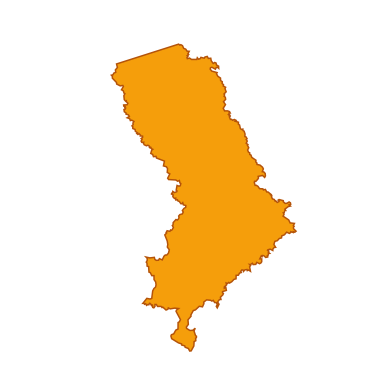 Altamira, Pará, Brazil (Mercator projection), rotated 158°
{"feature_id": "56859067B40794450496810", "entity_name": "Altamira", "entity_type": "district", "adm_level": 2, "iso_a3": "BRA", "parent_name": "Brazil", "parent_adm1": "Pará", "projection": "mercator", "projection_center": [-53.684, -6.317], "detail": "fine", "context": "isolated", "style": "filled", "palette": "amber", "viewbox_px": 384, "rotation_deg": 158, "n_neighbors": 0, "source": "geoboundaries", "source_scale": "gbopen_adm2", "svg_char_len": 6075}
<svg xmlns="http://www.w3.org/2000/svg" viewBox="0 0 384 384"><g transform="rotate(158 192 192)"><path d="M265.5,66.4L265.8,63.6L261.1,57.2L258.6,55.1L258.9,54.0L256.4,52.1L256.5,50.6L254.0,48.3L253.7,45.4L252.3,45.0L248.0,48.5L246.1,52.5L244.2,52.7L243.4,55.1L242.5,55.3L241.9,56.6L242.5,57.6L242.2,62.4L240.0,64.5L243.1,63.5L245.8,64.4L248.1,67.5L247.8,68.9L245.0,70.6L243.6,75.0L239.4,77.2L239.1,78.4L235.2,81.6L233.0,81.4L228.1,83.3L225.3,81.6L222.8,84.0L222.4,85.5L218.9,86.5L215.4,84.7L214.4,83.4L212.9,83.6L212.4,81.0L210.9,80.3L210.7,78.2L212.3,76.9L212.0,75.1L209.0,77.8L209.4,80.2L208.9,80.8L206.8,82.0L205.4,81.5L205.1,83.8L201.9,85.1L200.9,86.2L201.5,87.1L201.0,88.2L197.0,87.9L196.4,90.8L198.1,90.7L197.6,91.9L194.8,92.9L194.4,94.8L193.4,93.8L191.8,94.4L191.3,93.5L188.8,93.9L185.8,95.3L183.7,95.0L182.3,98.2L180.1,97.5L178.4,99.0L176.5,98.9L176.5,100.1L174.9,101.1L173.7,100.3L174.0,99.1L172.0,100.0L170.0,99.5L170.2,98.4L168.8,98.5L167.5,96.6L166.6,101.1L165.2,101.9L165.7,103.2L165.0,102.8L162.7,103.3L162.5,101.8L160.0,101.0L158.3,102.5L156.2,100.2L154.7,100.4L153.5,101.2L152.4,103.9L154.2,104.6L151.7,106.8L151.3,105.8L150.4,106.7L149.3,106.1L148.2,103.7L146.2,103.4L146.0,104.7L145.4,104.5L144.2,106.3L143.0,106.0L143.8,107.7L142.9,108.4L143.8,109.7L143.4,110.0L141.0,109.8L139.0,107.5L138.4,108.8L136.6,109.8L135.2,109.4L135.7,112.7L133.7,115.2L131.1,114.9L128.5,116.2L126.2,115.9L125.2,117.7L122.3,117.7L119.3,119.3L117.2,117.1L115.5,117.5L115.2,118.2L113.3,116.5L112.9,117.3L111.8,116.2L110.2,116.7L111.6,119.9L111.1,121.5L110.2,121.9L110.6,122.9L108.8,124.5L112.6,126.6L112.8,129.9L116.6,135.5L115.1,136.7L115.1,138.5L114.4,138.2L112.6,140.3L112.1,140.0L112.3,141.3L108.3,142.4L106.0,142.1L106.8,143.7L105.1,143.6L104.8,145.1L105.7,146.4L108.0,146.0L109.9,146.5L111.0,148.7L110.6,149.8L114.1,152.4L115.1,152.2L114.5,151.5L114.9,150.6L116.9,150.4L117.7,152.4L118.3,152.4L118.5,154.2L120.0,155.5L120.1,157.8L119.4,158.5L120.2,160.0L119.6,160.1L121.5,163.5L122.7,164.1L123.0,166.9L125.0,167.2L125.1,168.4L128.1,169.8L128.7,172.5L129.8,174.1L131.0,174.5L130.7,177.5L130.0,178.5L128.9,177.9L126.2,179.2L125.1,180.1L124.8,181.7L120.4,180.9L119.2,178.3L117.9,179.4L117.2,181.8L117.9,183.7L119.2,184.5L117.2,186.7L117.3,188.5L118.8,191.4L121.4,193.2L121.0,194.7L121.6,196.1L120.8,197.5L123.6,201.7L123.5,204.2L124.4,205.2L123.8,206.7L124.7,207.8L124.7,210.1L122.8,211.8L123.1,214.6L122.4,215.0L123.5,216.9L121.7,218.5L122.1,220.4L121.0,220.8L121.3,222.9L122.2,223.6L121.1,225.9L120.9,228.9L121.7,229.9L121.3,231.3L122.6,231.4L123.4,232.7L122.8,236.3L123.6,237.5L122.8,239.3L125.5,241.5L124.3,241.9L125.6,243.4L127.5,243.3L128.1,244.6L129.2,244.9L129.2,247.7L128.4,247.9L129.0,249.7L128.2,249.3L128.5,250.6L127.9,251.5L127.0,251.0L127.1,252.5L128.6,253.9L131.4,255.0L131.7,257.9L128.2,260.5L129.0,263.9L126.1,265.3L125.6,267.4L126.4,268.7L125.4,269.8L125.6,270.9L122.8,272.1L122.7,275.5L121.6,276.5L123.3,278.5L122.6,279.6L123.4,281.4L122.6,282.9L123.7,284.6L122.9,287.0L124.7,289.6L125.0,292.5L124.0,293.3L128.4,296.7L129.1,299.1L128.3,300.3L126.8,300.2L124.3,297.1L122.9,298.4L121.5,297.9L120.9,296.7L120.2,298.7L121.7,300.6L121.4,302.6L122.4,303.6L124.2,303.2L125.0,306.5L124.5,309.0L126.8,309.7L127.1,312.0L129.5,312.3L130.5,311.5L133.3,313.5L134.5,312.6L136.2,312.7L136.8,314.5L137.9,313.1L142.8,315.1L144.1,317.1L146.4,317.4L146.3,318.6L144.8,319.5L145.3,320.3L143.6,320.7L144.0,321.7L141.9,323.5L143.8,324.4L144.3,326.8L145.9,328.3L146.0,331.3L147.2,332.8L148.2,332.7L149.0,334.1L214.0,339.0L214.5,335.4L217.3,333.9L217.9,331.5L220.0,331.5L221.3,330.3L223.0,330.5L222.5,329.1L223.2,327.4L221.0,321.9L221.4,320.3L218.8,317.3L216.2,316.7L216.1,315.5L219.1,313.2L217.8,311.6L218.0,309.1L217.4,308.3L219.1,306.8L220.2,303.0L219.5,301.0L218.8,301.1L219.1,300.4L218.2,298.3L219.5,297.2L222.8,298.3L223.1,297.2L222.0,296.3L222.8,295.3L222.1,294.7L223.2,293.7L224.2,293.9L224.7,291.8L223.5,289.8L224.0,288.9L222.1,287.4L221.8,285.5L224.3,285.1L222.3,283.3L222.4,281.3L221.0,281.2L219.4,279.2L221.0,278.0L221.2,276.6L222.9,275.8L222.4,274.9L223.1,273.0L221.3,271.3L221.8,269.6L220.4,267.3L221.3,267.0L220.6,265.6L219.2,265.9L218.5,264.2L219.0,263.4L216.9,262.3L217.3,261.2L219.1,260.6L218.5,259.6L220.1,258.3L220.0,256.9L218.2,256.2L218.8,255.7L218.6,253.7L216.9,251.9L215.4,251.9L214.4,250.7L214.8,249.3L214.3,248.5L213.5,248.9L213.3,247.2L212.4,246.3L213.7,245.9L215.8,243.2L214.4,241.6L214.5,239.2L212.0,238.5L212.2,236.8L206.0,231.0L208.7,226.9L206.3,225.0L205.9,222.9L207.6,219.5L205.8,217.1L209.4,213.9L209.0,212.3L202.5,209.2L201.2,207.3L199.4,207.4L199.8,204.9L199.2,204.0L200.5,202.2L201.9,202.3L203.4,203.7L206.0,199.6L205.5,198.6L206.0,198.0L208.4,198.0L209.6,199.7L210.4,198.2L211.3,198.5L211.8,197.8L210.5,196.3L211.4,195.2L211.3,193.9L210.5,192.4L209.4,192.4L210.0,190.7L208.4,190.3L208.6,189.3L207.3,187.9L206.7,185.3L205.7,184.9L204.6,185.5L204.8,183.3L202.8,181.8L203.6,180.1L205.6,179.8L207.9,178.4L207.6,176.7L209.2,175.3L211.7,175.6L213.4,174.7L213.6,173.2L214.9,171.9L216.1,171.5L217.2,172.5L220.9,170.7L221.9,168.6L222.8,168.3L222.5,166.2L224.4,164.5L225.5,164.2L226.1,164.8L227.2,163.8L229.6,165.4L231.2,164.1L230.9,163.5L233.3,162.4L233.3,156.0L234.1,152.4L235.5,150.2L234.7,146.9L236.8,144.1L239.1,143.0L240.4,143.6L242.0,143.0L245.0,140.2L247.2,142.4L248.6,141.3L250.7,142.0L251.7,143.4L251.4,145.5L255.8,146.7L259.0,148.9L258.4,147.3L259.1,145.4L260.7,144.1L260.4,142.9L261.4,140.1L260.2,139.1L261.9,133.8L260.9,132.9L260.6,129.5L258.6,128.7L260.0,125.0L259.4,122.2L260.1,119.4L261.5,117.4L263.4,116.8L265.5,115.0L269.2,108.4L271.0,108.5L273.7,110.3L279.2,107.2L278.3,106.9L278.1,105.7L276.8,105.8L276.6,103.9L275.1,104.2L274.3,103.6L273.1,104.7L272.4,104.2L272.1,102.1L271.5,102.5L271.0,102.0L271.7,99.7L270.8,98.9L269.2,99.8L268.5,101.6L267.2,101.1L266.8,98.8L263.5,97.5L263.1,96.1L262.2,96.2L260.3,92.3L258.3,92.3L257.4,93.4L256.0,91.8L251.5,90.8L248.1,89.0L250.7,88.3L251.5,87.3L250.5,78.0L252.4,76.4L253.8,76.2L256.3,70.2L258.8,70.0L262.1,67.3L264.5,67.4L265.5,66.4Z" fill="#f59e0b" stroke="#b45309" stroke-width="1.5"/></g></svg>